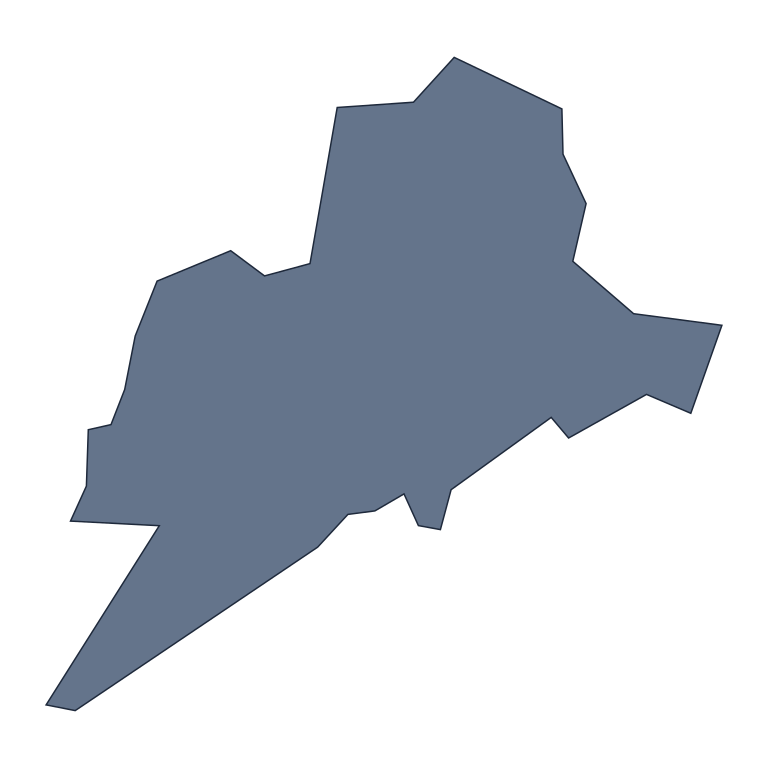 the district of Bagdad, Ferghana, Uzbekistan
{"feature_id": "79887680B98811003326112", "entity_name": "Bagdad", "entity_type": "district", "adm_level": 2, "iso_a3": "UZB", "parent_name": "Uzbekistan", "parent_adm1": "Ferghana", "projection": "equal_earth", "projection_center": [71.205, 40.489], "detail": "fine", "context": "isolated", "style": "filled", "palette": "slate", "viewbox_px": 768, "rotation_deg": 0, "n_neighbors": 0, "source": "geoboundaries", "source_scale": "gbopen_adm2", "svg_char_len": 546}
<svg xmlns="http://www.w3.org/2000/svg" viewBox="0 0 768 768"><path d="M690.8,413.3L721.9,325.3L633.6,313.7L572.8,261.3L586.1,203.6L563.0,154.2L561.9,108.9L454.2,57.4L413.5,102.2L337.2,107.5L321.7,196.7L310.0,263.6L264.5,275.9L230.7,250.7L157.1,281.1L135.2,336.0L124.7,389.5L111.0,424.6L88.3,429.7L86.4,486.1L70.5,521.1L159.3,525.7L46.1,704.9L75.2,710.6L317.7,547.1L347.9,514.4L374.9,510.9L404.0,493.9L418.4,525.6L440.4,529.6L451.1,489.7L551.2,417.4L568.6,438.0L646.5,394.4L690.8,413.3Z" fill="#64748b" stroke="#1e293b" stroke-width="1.5"/></svg>